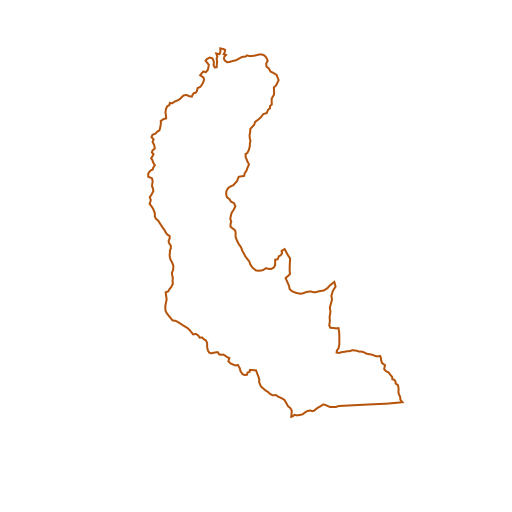 Guararapes, São Paulo, Brazil (Albers equal-area conic projection), rotated 151°
{"feature_id": "56859067B37687958738516", "entity_name": "Guararapes", "entity_type": "district", "adm_level": 2, "iso_a3": "BRA", "parent_name": "Brazil", "parent_adm1": "São Paulo", "projection": "albers", "projection_center": [-50.711, -21.275], "detail": "fine", "context": "isolated", "style": "outline", "palette": "amber", "viewbox_px": 512, "rotation_deg": 151, "n_neighbors": 0, "source": "geoboundaries", "source_scale": "gbopen_adm2", "svg_char_len": 5380}
<svg xmlns="http://www.w3.org/2000/svg" viewBox="0 0 512 512"><g transform="rotate(151 256 256)"><path d="M198.8,57.1L199.4,60.3L198.2,62.9L198.1,65.2L197.5,67.9L195.8,70.4L194.4,74.2L195.7,76.7L194.9,78.5L195.0,80.7L196.5,82.0L195.5,84.3L196.1,86.8L196.5,90.0L198.2,92.3L198.7,95.0L197.4,96.5L196.1,98.0L197.7,101.4L197.0,104.4L196.2,106.2L195.9,108.4L198.3,109.2L200.3,110.9L202.3,113.4L204.6,115.2L206.8,117.1L208.4,119.6L210.3,121.4L212.2,122.4L213.8,124.3L215.4,125.4L217.3,126.9L219.8,127.2L222.7,128.6L225.4,129.4L227.2,130.3L230.1,130.8L232.3,132.5L231.1,134.1L228.5,135.3L226.1,138.1L221.4,146.6L220.2,149.1L218.8,152.9L221.1,153.9L222.9,155.3L225.8,157.2L225.5,160.0L223.9,161.9L222.5,164.0L221.7,166.1L220.5,167.9L218.9,169.9L217.7,171.6L216.5,175.0L212.8,178.8L210.5,181.3L209.4,184.6L208.0,185.9L206.4,187.6L204.7,188.8L201.3,190.6L200.6,193.2L200.1,195.4L205.9,194.4L208.9,193.3L211.0,193.1L213.0,192.9L215.2,193.6L217.6,194.5L221.3,195.4L223.1,196.3L225.5,198.6L228.8,199.9L230.8,200.3L233.0,200.6L235.0,201.2L237.0,202.7L239.0,204.5L240.4,206.2L241.7,207.9L242.6,210.9L241.6,213.9L240.8,222.4L237.7,223.0L235.1,223.7L233.8,226.6L231.8,230.2L228.7,235.2L227.4,237.3L227.7,241.6L227.6,248.2L231.2,248.0L231.9,245.7L234.1,244.6L236.1,244.7L238.7,242.6L241.0,243.5L243.8,238.6L246.2,237.3L249.1,237.3L251.1,238.5L253.1,240.5L256.6,240.3L258.5,240.8L260.6,241.7L263.0,243.3L264.7,247.5L265.1,251.5L264.5,254.4L264.9,256.6L265.5,260.5L265.4,263.9L265.5,266.8L265.0,269.7L264.9,272.0L265.3,274.2L265.2,278.4L264.7,282.4L262.3,286.7L261.9,288.8L264.1,293.8L262.9,296.2L260.9,298.2L260.6,300.8L258.9,302.9L256.5,305.5L253.4,307.1L250.0,309.4L249.6,312.9L251.6,315.8L251.6,318.5L252.9,321.4L252.2,324.3L250.8,326.7L249.3,327.9L247.2,329.0L244.3,329.2L241.4,328.9L238.5,330.0L236.1,330.7L234.4,332.4L232.7,333.6L230.2,332.8L227.7,331.8L225.5,334.0L222.9,335.3L220.8,337.2L217.7,339.5L217.7,342.3L217.4,344.7L217.2,347.1L215.8,350.2L213.7,350.3L211.0,352.1L208.2,355.0L206.6,357.7L205.0,359.4L204.4,361.9L203.0,364.9L201.0,367.2L199.4,369.9L194.0,371.6L191.8,373.7L188.5,374.1L184.6,374.9L180.8,376.6L177.3,375.8L175.7,377.2L174.0,378.2L172.2,378.4L171.1,380.3L168.8,380.8L167.3,383.7L166.2,385.8L164.5,387.0L162.3,388.2L161.1,389.8L160.0,392.1L158.6,394.8L155.9,395.4L153.4,397.1L150.9,398.9L150.6,401.9L150.2,404.5L152.0,407.6L153.9,410.3L153.8,413.8L155.0,416.5L153.9,419.3L151.1,421.1L150.8,424.8L151.5,427.4L152.9,429.2L155.4,430.7L157.8,431.3L160.7,432.1L164.6,433.8L166.6,435.8L168.4,435.4L170.1,436.3L172.1,436.9L175.0,436.9L178.9,436.9L181.7,437.9L184.7,438.4L187.4,439.5L188.6,442.3L188.3,444.4L186.8,445.8L184.8,446.4L186.4,448.2L184.6,449.3L183.1,451.4L184.5,453.1L186.6,454.9L188.1,451.9L190.1,450.2L192.6,452.4L193.1,449.2L194.8,447.7L195.7,444.9L197.4,442.6L198.9,440.2L200.7,440.9L200.6,443.4L198.7,446.2L198.2,449.9L200.1,451.9L203.5,452.1L205.4,451.3L205.0,448.6L204.6,446.2L206.1,444.1L208.1,442.0L210.9,441.1L212.6,442.9L214.4,442.3L217.2,441.2L215.4,437.6L216.0,435.3L218.1,433.4L220.9,431.7L223.0,430.9L225.6,431.2L227.8,428.9L229.6,428.0L231.4,428.6L233.2,427.8L234.8,426.5L236.6,427.7L238.7,430.5L241.3,431.5L243.6,431.1L246.2,430.2L249.0,430.1L252.2,430.5L255.3,430.2L257.1,431.7L258.5,430.0L261.0,430.0L263.4,428.3L265.6,425.4L266.7,422.3L267.9,419.9L270.5,420.6L273.9,420.2L275.0,417.9L276.7,415.8L278.4,413.8L279.8,412.6L281.9,412.7L284.5,411.8L287.8,412.2L289.8,410.6L289.0,407.7L291.1,406.0L291.3,402.2L292.4,399.1L295.3,398.5L296.9,397.0L296.2,394.8L297.8,393.7L300.4,392.2L300.1,390.0L300.6,387.9L300.5,384.4L302.9,383.2L304.5,381.7L306.5,381.9L308.6,381.3L310.5,380.1L311.8,377.5L310.4,375.9L309.3,374.1L310.2,371.4L311.7,369.4L313.1,367.5L313.4,365.0L314.3,362.6L316.6,361.0L318.4,359.9L320.4,359.0L320.8,356.2L322.0,354.7L323.8,353.2L323.4,350.8L323.1,347.4L323.5,344.2L323.9,342.0L325.2,339.9L325.5,337.2L324.4,334.2L324.2,330.8L323.9,326.8L323.5,323.1L323.5,320.1L323.2,317.6L321.8,315.5L322.8,313.4L325.0,311.7L325.8,309.8L325.5,306.3L326.9,303.8L328.7,302.5L329.7,300.6L331.1,298.7L331.9,296.7L332.5,294.6L332.5,291.4L332.9,287.9L334.5,285.0L335.9,283.5L337.8,281.9L338.7,279.6L339.4,277.1L340.9,274.9L342.3,271.9L345.3,269.9L348.1,268.8L349.9,267.6L352.5,268.1L353.4,266.0L354.3,263.7L355.3,261.2L358.8,257.2L360.7,254.3L361.7,251.8L361.8,249.1L361.0,244.5L360.2,240.1L357.9,238.4L356.7,236.7L355.3,234.3L354.3,232.4L353.3,230.4L351.1,226.8L350.0,223.7L349.5,221.0L349.0,217.9L346.3,217.0L345.0,214.2L344.9,212.0L342.6,210.8L342.1,208.7L340.8,206.6L340.9,203.7L343.0,199.8L343.9,196.6L343.7,194.0L342.2,192.5L338.9,191.6L336.1,190.5L335.9,187.8L334.4,186.5L332.6,185.8L331.4,184.0L330.1,181.2L328.8,179.8L331.2,177.3L330.3,174.3L327.2,170.3L324.7,169.5L324.6,165.8L325.4,162.8L325.1,159.3L323.8,157.5L321.5,156.5L319.9,158.2L317.7,157.8L316.6,159.3L313.7,157.5L311.4,155.9L312.0,152.1L312.4,149.0L313.2,145.9L314.4,144.3L314.9,140.1L314.5,138.2L313.6,135.9L312.8,133.7L311.5,131.4L310.5,128.3L308.9,126.1L305.9,124.6L304.8,122.2L302.6,119.3L300.9,116.4L300.8,113.1L300.8,109.0L299.7,106.3L299.7,103.4L301.3,100.9L303.1,98.3L301.3,98.0L299.5,98.5L297.5,96.8L294.7,95.7L291.9,94.9L289.4,95.4L286.6,95.5L283.6,94.7L282.1,93.1L280.1,92.5L278.1,93.0L275.7,93.3L272.5,93.3L269.1,93.6L267.0,91.4L265.7,89.6L264.4,88.0L262.4,86.9L259.4,85.2L256.4,84.7L227.8,70.7L212.7,63.2L198.8,57.1Z" fill="none" stroke="#b45309" stroke-width="2"/></g></svg>